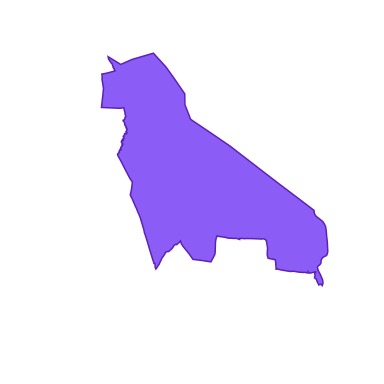 Musenita, Suceava, Romania (Equal Earth projection), rotated 48°
{"feature_id": "2599482B233708052654", "entity_name": "Musenita", "entity_type": "district", "adm_level": 2, "iso_a3": "ROU", "parent_name": "Romania", "parent_adm1": "Suceava", "projection": "equal_earth", "projection_center": [25.971, 47.952], "detail": "fine", "context": "isolated", "style": "filled", "palette": "violet", "viewbox_px": 384, "rotation_deg": 48, "n_neighbors": 0, "source": "geoboundaries", "source_scale": "gbopen_adm2", "svg_char_len": 5804}
<svg xmlns="http://www.w3.org/2000/svg" viewBox="0 0 384 384"><g transform="rotate(48 192 192)"><path d="M178.4,248.6L179.1,248.6L179.3,249.0L179.6,249.2L180.6,249.6L188.0,253.1L190.0,254.4L192.2,255.3L196.8,257.4L200.2,259.0L210.0,263.7L211.0,264.1L219.7,268.1L220.4,267.4L223.5,269.9L225.1,270.4L224.7,268.3L223.9,266.0L223.8,265.0L223.6,264.5L222.5,262.1L222.0,260.6L221.4,259.3L220.8,258.0L220.7,256.9L220.6,256.2L220.3,255.2L220.1,254.2L219.5,252.9L219.2,252.0L219.1,251.7L219.4,251.3L219.7,250.2L220.4,249.6L220.6,249.1L220.7,248.6L220.6,247.3L220.6,246.9L220.8,246.3L220.6,245.7L220.7,245.1L220.6,244.4L220.2,242.5L219.7,241.1L220.0,239.3L220.1,239.0L220.5,238.8L220.9,238.6L220.9,235.7L220.9,234.8L220.5,233.2L220.8,233.2L221.3,233.4L222.8,234.3L223.3,234.6L223.7,234.7L224.5,234.7L226.1,235.0L227.5,235.1L234.1,235.4L236.4,235.6L242.1,236.3L242.7,236.4L246.7,232.9L249.6,230.4L256.6,224.7L256.3,223.8L254.0,217.6L253.8,217.0L253.3,216.3L251.4,214.2L250.6,213.5L247.4,210.4L245.5,208.6L244.4,207.4L243.5,206.3L242.5,204.9L241.4,202.8L241.4,202.6L242.1,202.5L243.4,201.4L247.6,197.9L248.3,197.2L248.8,197.2L249.0,197.1L251.3,195.2L253.6,192.8L254.5,192.1L255.1,191.2L255.9,190.4L256.6,189.8L259.2,188.3L258.4,187.5L260.1,185.8L261.6,184.4L262.6,183.3L262.9,182.8L267.1,178.3L272.3,173.0L273.4,172.0L273.7,171.6L273.8,171.3L274.1,170.7L274.4,170.4L275.0,170.0L275.5,169.7L276.0,169.5L276.8,169.3L277.3,169.3L277.7,169.4L277.9,169.3L278.0,169.5L279.1,170.1L282.9,172.5L284.3,173.4L285.4,174.6L286.8,176.0L288.7,177.9L289.9,178.7L290.8,179.1L292.2,179.8L298.1,175.4L299.8,176.7L300.4,176.9L300.7,177.1L301.3,177.8L303.9,179.7L305.6,181.2L306.1,180.8L306.3,180.3L306.3,179.9L306.7,179.8L307.1,179.6L309.1,178.3L314.9,173.7L315.6,173.0L316.1,172.6L316.9,172.1L317.3,171.6L317.5,171.3L317.7,170.7L317.9,170.4L318.2,170.3L318.5,170.1L318.7,169.8L319.5,169.0L322.6,166.6L326.4,163.0L327.2,161.9L328.7,160.9L329.6,160.1L328.8,159.1L330.5,159.2L331.1,158.8L331.9,157.4L333.4,154.7L333.6,153.9L334.1,153.5L334.3,153.5L334.4,153.8L334.3,154.5L334.4,154.8L334.5,155.1L334.8,155.5L335.5,155.9L336.7,156.6L337.0,156.9L337.1,157.3L337.1,157.7L337.2,157.9L337.4,158.1L337.7,158.3L338.1,158.3L338.7,158.3L339.7,158.1L340.3,158.0L340.7,158.1L341.1,158.4L341.6,158.8L342.5,158.9L344.2,159.5L345.1,159.7L345.9,160.0L346.6,158.3L346.7,157.8L348.7,157.9L347.5,155.7L344.9,153.8L338.8,151.7L336.4,151.2L333.2,150.0L331.7,149.0L331.4,148.0L331.6,145.6L331.2,143.9L329.1,141.6L328.2,139.4L328.5,136.9L329.1,135.0L329.0,133.7L327.2,131.0L319.6,124.8L315.2,121.7L312.5,119.6L310.1,117.8L306.8,115.7L303.7,114.9L301.3,114.6L296.2,115.4L293.4,116.0L290.9,115.8L289.0,114.9L287.3,113.6L266.7,117.5L245.0,121.7L226.7,125.1L192.2,131.4L183.3,133.0L173.1,135.5L160.7,138.5L137.1,144.4L122.3,138.8L114.2,131.7L105.1,130.5L95.3,129.2L81.8,127.7L63.0,127.8L53.4,147.8L49.5,159.6L35.3,163.8L36.6,164.6L37.7,165.1L38.2,165.1L38.5,165.2L39.2,165.2L39.3,165.5L39.9,165.5L40.1,165.4L40.4,165.4L41.4,165.6L42.2,165.8L42.6,165.6L42.9,165.4L43.2,165.5L44.1,166.1L44.7,166.2L45.4,166.5L46.0,166.7L46.2,167.1L46.4,167.2L46.8,167.2L47.4,167.4L47.9,167.5L48.2,167.5L48.4,167.4L48.5,167.6L49.0,167.7L49.7,168.0L50.1,168.1L50.5,168.2L47.0,175.1L46.0,176.9L44.0,180.1L44.8,180.5L46.0,181.5L47.0,182.4L47.8,183.2L48.2,183.6L51.4,185.6L51.9,186.0L52.5,186.3L53.4,187.0L55.3,188.1L55.9,188.6L57.4,190.2L59.1,192.1L60.1,193.1L64.0,197.6L64.4,198.0L65.3,199.0L66.6,200.5L68.6,202.7L76.9,194.3L80.2,190.9L81.0,190.2L82.0,188.9L83.7,186.3L83.9,186.4L85.6,187.4L86.4,187.8L87.0,188.1L87.7,188.5L88.4,188.6L88.7,188.7L88.9,189.3L89.1,189.6L89.8,189.8L90.2,189.9L90.5,190.1L90.9,190.2L91.2,190.3L91.4,190.5L91.6,191.0L91.6,191.6L91.7,191.8L91.9,192.0L92.0,192.2L92.2,192.4L92.4,192.5L92.8,193.2L92.8,194.4L93.2,194.8L92.7,195.1L92.6,195.3L92.9,195.5L93.2,195.6L93.4,195.6L93.6,195.5L93.8,195.5L94.3,195.7L94.6,195.7L95.3,195.7L95.7,196.0L96.1,196.4L96.4,196.4L96.6,196.3L96.9,196.5L97.1,197.0L97.5,197.1L97.7,197.3L98.0,197.3L98.4,197.1L98.7,197.0L99.0,197.1L99.2,197.3L99.5,197.3L99.8,197.3L100.0,197.5L99.9,197.9L100.0,198.1L100.6,198.1L101.0,198.0L102.1,198.3L102.0,198.7L102.1,198.8L102.3,199.0L102.5,199.4L102.6,199.5L102.6,199.8L102.8,199.9L103.0,200.0L102.9,200.6L103.2,200.8L103.5,201.0L103.8,200.9L104.4,200.7L104.6,200.9L104.6,201.0L104.8,201.3L104.9,201.6L104.8,201.8L104.7,202.0L104.0,202.4L104.0,202.5L103.8,202.8L103.6,202.8L103.6,203.0L104.4,204.3L104.8,204.8L104.5,205.6L104.6,205.9L105.0,205.9L105.5,205.9L105.9,205.9L106.4,206.2L106.4,206.4L106.3,206.6L106.1,207.3L106.2,207.5L106.3,207.5L106.6,207.5L106.5,208.1L107.0,208.3L107.6,208.3L107.7,208.7L107.6,208.9L107.5,209.0L106.8,208.8L106.6,208.9L106.6,209.2L106.7,209.4L106.9,209.7L106.9,210.0L107.1,210.2L107.4,210.2L107.4,210.3L107.4,210.6L107.4,211.0L107.6,211.1L107.9,211.1L108.1,210.9L108.3,210.9L108.4,211.0L108.4,211.3L108.6,211.3L109.0,211.4L109.2,211.5L109.8,211.2L110.0,211.2L110.2,211.6L110.6,211.9L110.6,212.2L110.4,212.3L110.2,212.4L110.1,212.6L111.0,213.1L111.1,213.3L110.9,213.5L111.3,214.4L111.2,214.6L111.1,214.8L111.2,215.1L111.7,215.5L111.8,215.9L111.9,216.1L112.3,216.5L112.5,216.4L112.7,216.1L112.9,216.1L113.0,216.2L113.2,216.4L113.1,216.8L113.0,217.1L112.9,217.3L112.7,217.4L112.4,217.5L112.5,218.0L112.7,218.3L112.9,218.4L113.0,218.7L113.1,219.1L113.4,219.4L113.9,219.4L114.0,219.5L113.9,219.9L114.0,220.7L114.0,220.8L113.9,221.0L114.0,221.4L113.9,221.7L114.0,222.0L114.8,222.5L115.7,222.8L121.7,224.2L127.6,225.8L140.4,229.1L144.6,229.6L146.6,231.8L149.7,235.4L149.9,235.9L150.8,236.9L152.2,238.9L152.6,239.5L152.8,239.8L153.4,240.0L154.5,240.3L155.1,240.6L155.4,240.7L156.8,240.9L160.1,242.1L163.6,243.2L165.0,243.8L165.8,243.9L167.7,244.5L169.9,245.4L173.6,246.6L175.2,247.2L177.1,247.9L178.4,248.6Z" fill="#8b5cf6" stroke="#5b21b6" stroke-width="1.5"/></g></svg>